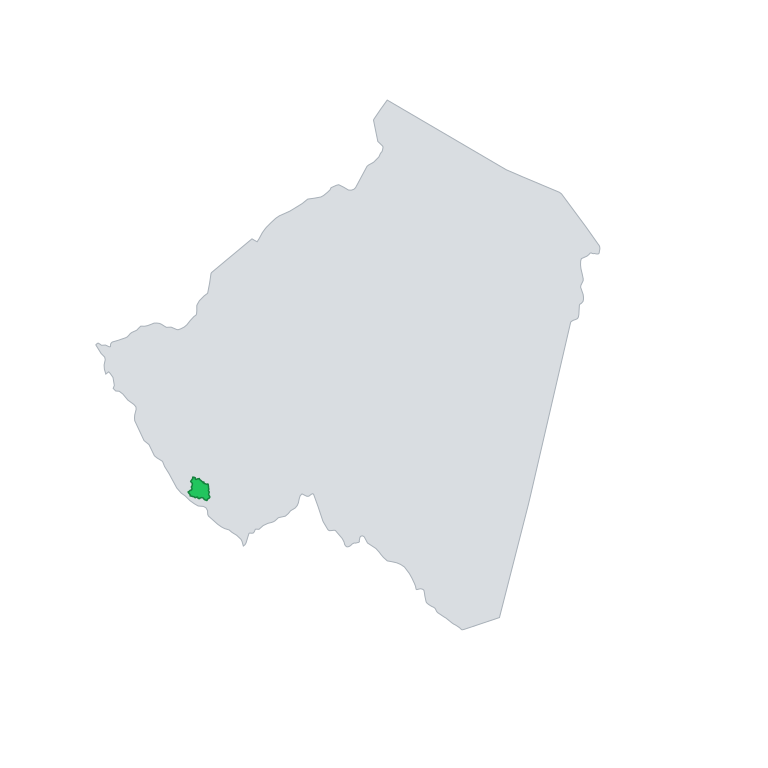 location of Relizane within Algeria, rotated 247°
{"feature_id": "DZA-2203", "entity_name": "Relizane", "entity_type": "Province", "adm_level": 1, "iso_a3": "DZA", "parent_name": "Algeria", "parent_adm1": "", "projection": "orthographic", "projection_center": [0.791, 35.819], "detail": "fine", "context": "in_parent", "style": "filled", "palette": "green", "viewbox_px": 768, "rotation_deg": 247, "n_neighbors": 0, "source": "natural_earth", "source_scale": "10m", "svg_char_len": 5693}
<svg xmlns="http://www.w3.org/2000/svg" viewBox="0 0 768 768"><g transform="rotate(247 384 384)"><path d="M532.6,134.0L533.2,135.4L533.4,136.8L531.4,138.3L530.0,139.1L528.7,142.8L525.7,145.5L525.3,146.3L525.4,146.9L527.5,147.9L528.3,148.9L528.8,150.3L528.2,155.3L527.5,164.3L527.7,166.2L528.7,168.5L529.6,170.2L530.0,172.2L530.1,177.3L531.3,180.1L532.3,182.7L530.7,186.2L530.1,189.2L529.9,193.4L529.9,196.1L528.9,198.6L527.5,201.0L525.8,202.6L523.7,204.0L521.2,205.8L519.5,210.3L515.3,214.3L514.4,215.6L514.2,218.5L514.5,222.5L515.5,225.7L518.0,230.2L520.3,235.3L520.9,237.9L521.7,238.8L524.5,240.3L529.3,242.3L530.2,243.2L532.8,246.6L535.4,252.9L536.4,257.1L545.0,262.9L553.4,268.0L554.0,268.9L559.8,288.0L561.8,294.7L569.2,319.2L567.0,320.8L564.5,322.8L566.7,326.0L570.8,331.1L573.4,335.4L574.3,337.2L576.5,342.6L578.4,347.8L578.9,349.4L579.7,353.5L579.9,364.8L582.0,379.0L584.0,386.0L582.2,392.7L580.8,399.0L581.1,402.0L582.5,406.8L583.8,410.2L585.4,412.0L585.5,418.0L585.1,420.2L581.0,423.7L576.4,427.1L575.2,429.6L575.0,432.3L575.8,434.5L591.0,453.4L591.6,455.4L592.2,461.1L595.0,468.0L597.7,470.9L598.8,473.1L600.7,474.6L602.5,475.7L603.6,475.7L609.7,473.1L620.5,475.3L630.8,477.4L631.6,478.0L638.2,488.2L644.1,497.9L533.5,580.2L521.1,592.0L491.9,620.4L489.6,621.7L449.7,631.3L428.9,635.8L427.9,636.1L426.7,636.2L425.8,636.1L424.0,635.5L421.8,634.0L420.4,633.2L420.0,631.9L420.8,630.2L421.9,628.7L422.2,627.5L422.9,626.6L423.8,625.9L423.9,624.8L423.1,623.2L422.4,620.8L422.3,616.6L422.3,614.7L420.4,613.1L416.7,611.4L413.4,610.4L411.9,610.1L408.2,609.5L403.1,608.5L401.3,607.7L397.9,603.8L396.3,602.8L388.7,602.3L386.1,601.6L384.0,600.7L382.3,599.5L381.2,597.3L380.9,595.5L380.3,594.7L371.8,590.5L369.7,589.1L368.6,587.7L368.5,585.7L368.7,583.2L368.4,581.1L368.0,580.0L224.0,475.2L216.4,469.6L199.5,456.7L123.9,399.0L126.8,362.1L127.1,360.2L127.6,359.4L130.2,358.3L134.3,355.6L135.8,354.3L137.7,353.1L144.5,349.5L145.9,348.4L152.5,344.1L154.0,343.6L157.4,343.4L158.9,342.6L160.9,340.8L163.8,338.8L165.7,337.9L166.2,337.7L167.3,337.7L173.0,338.8L175.4,339.5L178.3,340.1L179.2,339.9L180.0,339.3L181.2,337.8L181.6,336.0L181.8,334.4L182.0,333.7L182.5,333.4L183.8,333.6L185.4,334.0L188.9,334.1L190.1,334.0L194.0,333.9L199.6,333.3L207.6,331.3L211.5,328.7L214.4,325.9L217.5,321.6L219.9,317.9L224.6,315.7L228.5,314.5L230.7,314.0L235.7,312.3L244.1,306.7L250.9,306.1L251.8,305.6L252.8,304.6L252.9,302.8L251.8,301.5L250.5,300.8L249.5,300.0L248.5,299.8L248.1,298.9L248.4,297.3L248.6,295.8L249.3,294.4L249.2,292.3L248.3,290.1L248.1,288.6L248.2,287.1L248.8,286.0L250.2,285.3L251.8,285.1L254.1,285.5L258.0,285.2L268.2,282.0L268.9,280.9L269.6,278.4L270.4,276.3L271.5,275.6L272.1,275.4L280.2,274.3L281.9,274.2L296.9,275.4L309.7,276.1L310.9,275.6L310.9,274.0L310.1,271.0L310.7,269.2L312.6,267.5L314.9,265.6L313.9,263.2L312.1,261.6L309.5,259.7L308.2,258.9L306.0,256.6L304.6,253.9L303.8,248.4L302.1,245.3L300.9,241.5L302.2,234.6L300.7,230.4L300.4,228.5L300.5,226.4L301.1,222.7L300.9,217.5L299.1,212.1L300.0,210.3L300.5,209.3L300.3,208.5L298.6,206.8L297.9,205.3L298.3,204.0L299.3,202.1L299.2,201.3L296.4,198.9L291.7,195.0L290.4,193.3L289.8,191.2L294.4,191.8L296.8,191.7L302.3,189.3L306.8,186.1L310.2,184.4L313.2,180.8L316.0,178.5L319.9,176.1L331.1,170.8L332.8,170.8L336.5,172.1L339.7,171.7L341.9,169.9L344.3,165.3L347.9,162.6L352.5,159.8L358.8,157.2L362.8,154.7L369.3,152.6L385.4,151.1L393.7,149.8L399.3,149.9L404.9,146.0L407.7,144.6L420.0,144.0L425.7,141.0L447.6,140.2L450.3,141.1L453.0,142.5L457.6,146.0L459.9,146.7L462.8,145.8L469.3,141.9L476.8,139.7L480.8,137.4L482.4,134.3L485.8,133.0L488.0,135.2L495.9,137.1L500.7,136.1L502.8,135.3L501.8,131.8L506.9,132.4L510.9,133.8L515.3,136.9L517.9,137.4L522.7,135.5L532.6,134.0Z" fill="#d9dde1" stroke="#a8b0b8" stroke-width="1"/><path d="M372.9,171.5L372.7,172.2L372.1,173.0L371.7,173.4L371.4,173.6L371.1,173.6L370.5,173.3L370.1,173.3L369.8,173.4L369.6,173.7L369.5,174.1L369.5,175.0L369.5,175.5L369.1,177.0L368.2,177.0L367.7,177.2L366.5,177.9L365.7,178.2L364.6,178.9L363.9,178.9L363.8,179.0L363.7,179.2L363.9,179.4L364.0,179.6L364.1,179.8L363.9,179.9L363.7,179.8L363.6,179.7L363.3,179.5L363.0,179.6L362.8,179.6L362.6,179.8L361.0,181.6L360.9,181.8L360.8,182.0L360.9,182.4L360.8,182.7L360.6,182.9L360.3,182.9L360.1,182.9L359.6,182.7L358.5,182.5L357.3,182.0L355.8,181.7L355.4,181.5L355.2,181.3L355.0,181.1L354.5,180.7L354.1,180.7L353.7,180.7L353.3,180.9L352.9,180.9L352.4,180.6L351.7,179.9L351.1,179.5L350.6,179.4L350.1,179.3L349.7,179.4L348.9,179.6L348.6,179.6L348.0,179.5L347.7,179.2L347.4,178.8L347.2,178.2L347.1,177.2L346.8,176.4L346.0,175.6L346.1,175.2L346.5,174.8L346.8,174.6L347.0,174.3L347.7,173.6L348.0,173.4L348.3,173.3L348.6,173.3L349.0,173.3L349.4,173.2L349.7,173.0L350.2,172.5L350.4,172.2L350.6,172.0L350.7,171.8L351.0,170.3L351.0,170.2L350.9,170.1L350.7,169.9L350.6,169.7L350.6,169.4L350.8,169.0L351.1,168.5L351.3,168.3L351.5,168.2L351.7,168.3L352.3,168.2L352.6,168.2L352.8,168.0L352.9,167.9L353.0,167.7L353.0,167.4L353.0,167.1L353.1,166.9L353.1,166.7L353.1,166.1L353.1,165.8L353.3,165.6L353.5,165.5L354.1,165.3L354.4,165.1L354.6,164.9L354.8,164.3L355.0,164.1L355.8,163.3L356.0,162.9L356.3,162.5L356.8,161.9L357.5,162.2L357.9,162.3L358.3,162.2L359.2,161.9L360.5,161.5L360.9,161.5L361.2,161.6L361.2,161.8L361.3,162.6L361.4,162.9L361.8,164.1L361.9,164.3L361.8,164.5L361.6,164.8L361.6,165.1L361.7,165.3L362.3,166.2L362.5,166.4L363.6,166.4L364.4,166.4L364.6,166.5L365.0,167.1L365.1,167.4L365.3,167.6L365.5,167.8L365.9,167.9L366.7,168.5L367.1,168.6L367.5,168.7L369.6,168.0L369.9,168.0L370.0,168.1L370.7,169.3L370.9,169.7L371.2,170.1L371.4,170.3L371.6,170.8L371.8,171.1L372.1,171.2L372.9,171.5Z" fill="#22c55e" stroke="#15803d" stroke-width="1.5"/></g></svg>